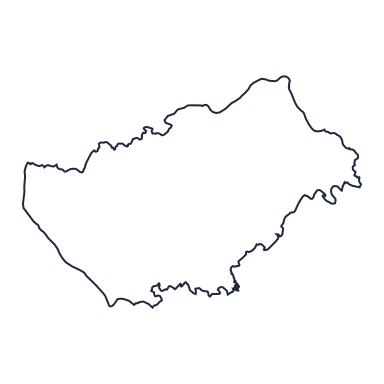 Mompós, Bolívar, Colombia (Mercator projection)
{"feature_id": "7082276B99347605500180", "entity_name": "Mompós", "entity_type": "district", "adm_level": 2, "iso_a3": "COL", "parent_name": "Colombia", "parent_adm1": "Bolívar", "projection": "mercator", "projection_center": [-74.509, 9.146], "detail": "fine", "context": "isolated", "style": "outline", "palette": "slate", "viewbox_px": 384, "rotation_deg": 0, "n_neighbors": 0, "source": "geoboundaries", "source_scale": "gbopen_adm2", "svg_char_len": 6027}
<svg xmlns="http://www.w3.org/2000/svg" viewBox="0 0 384 384"><path d="M28.2,162.1L27.0,163.8L25.7,167.0L24.6,171.2L25.1,176.3L24.3,186.6L24.4,192.2L23.0,203.7L23.6,208.4L24.4,209.1L33.7,221.6L38.2,225.3L39.2,227.7L39.1,228.0L41.7,230.8L42.5,231.0L45.3,234.0L48.4,238.3L54.5,244.4L57.6,248.9L59.6,253.6L62.3,258.0L64.5,260.8L66.1,262.5L72.1,266.4L79.7,270.0L84.1,272.5L86.5,276.0L95.3,284.5L103.7,293.8L105.4,296.2L109.3,306.0L110.7,306.4L112.1,306.0L113.9,304.5L117.4,299.4L118.2,299.0L120.5,298.7L123.7,299.0L129.1,300.8L134.0,304.9L135.9,303.2L136.4,303.4L137.7,303.1L137.7,302.9L138.9,302.4L141.0,301.8L143.5,301.6L148.9,304.2L152.5,307.6L154.0,305.6L156.2,305.1L157.0,304.6L159.2,302.3L161.8,300.3L161.3,298.2L159.9,296.0L158.2,295.5L155.6,296.4L155.2,296.3L154.3,294.6L153.9,292.2L151.2,290.9L152.0,289.5L152.1,287.7L153.5,286.3L157.1,285.6L158.8,283.4L159.2,283.4L159.6,284.7L159.5,286.0L159.0,287.1L159.3,288.2L161.1,290.7L161.6,290.9L162.6,290.8L165.9,289.2L166.8,289.6L167.2,289.4L168.6,286.8L169.4,286.1L170.7,286.3L173.8,288.1L174.4,289.0L175.0,289.2L176.0,288.4L178.5,285.6L180.4,283.8L180.9,284.1L181.1,284.9L180.8,286.4L181.3,286.5L182.1,286.2L184.7,282.8L185.8,282.2L187.3,284.1L188.1,284.5L190.1,290.4L191.9,291.7L192.8,292.9L195.7,294.0L196.0,292.5L195.3,289.0L195.5,288.7L197.6,288.3L199.4,288.2L201.7,290.4L204.6,291.2L207.5,291.5L208.0,292.2L208.6,295.4L209.7,296.5L210.3,296.3L211.7,294.4L212.5,293.9L218.7,294.0L219.7,293.6L220.1,292.9L220.0,292.5L217.8,289.4L219.2,287.7L221.0,287.1L222.2,287.1L223.1,287.5L226.5,290.5L227.0,291.2L227.8,294.6L231.3,292.2L232.3,292.0L232.5,291.6L233.1,291.3L233.7,290.4L233.3,289.5L233.5,289.6L233.6,288.2L235.4,286.9L235.0,285.8L235.4,285.0L235.9,285.4L236.5,285.3L236.7,286.2L236.4,286.5L236.5,287.6L236.0,288.3L236.0,289.1L235.3,289.7L236.0,290.0L237.2,289.7L237.5,290.6L237.1,290.8L238.3,290.5L238.1,290.1L237.6,290.3L237.5,288.8L238.8,287.1L239.0,286.4L238.5,285.8L237.9,286.0L238.1,285.0L237.8,284.4L237.3,284.3L236.2,282.7L235.4,282.4L235.5,281.0L234.8,280.8L234.5,282.2L234.2,282.1L234.6,279.7L234.2,278.8L234.2,278.2L233.7,278.0L233.6,276.8L232.7,274.2L231.7,274.1L231.5,273.8L231.8,273.1L231.6,272.4L231.2,272.2L231.1,270.8L230.5,269.7L231.3,267.2L232.9,266.1L234.2,266.6L235.9,266.5L236.8,266.0L237.6,266.1L239.1,265.6L239.4,264.7L238.5,262.6L238.6,261.2L243.2,257.3L246.1,254.4L246.0,252.1L247.4,251.5L248.8,252.1L252.1,250.7L255.1,247.7L256.6,244.4L257.3,244.8L259.0,244.5L259.2,244.1L261.6,244.3L264.6,247.3L264.7,248.1L263.8,249.3L264.2,250.1L266.8,249.8L268.2,249.1L275.8,241.4L277.7,238.9L278.3,237.8L277.6,235.3L276.7,234.3L278.2,234.4L280.0,236.3L280.7,236.2L281.5,235.6L282.3,234.5L283.1,229.2L282.7,227.7L281.5,227.0L281.3,226.4L281.4,225.8L283.3,223.2L284.2,219.4L285.2,217.4L286.1,216.3L289.6,213.7L290.2,212.7L293.4,212.3L294.3,211.8L295.4,210.2L298.3,203.8L299.7,201.6L299.7,201.1L303.1,196.2L304.8,195.1L306.4,196.0L307.3,195.9L310.7,198.8L312.1,198.8L313.5,197.1L314.1,194.6L315.5,192.8L316.5,191.0L317.7,190.2L319.2,190.0L320.6,190.6L324.6,193.8L325.4,195.2L325.4,195.7L324.7,196.1L323.1,195.3L322.8,195.4L322.6,196.1L325.4,199.9L326.6,201.0L329.3,202.1L330.9,203.4L332.2,203.7L333.7,203.6L335.0,203.2L335.6,200.9L335.4,198.8L332.0,194.9L331.0,191.9L331.4,188.9L332.8,186.7L334.4,186.0L337.7,186.5L341.1,190.3L341.8,190.6L342.7,186.4L344.6,182.3L345.5,183.2L346.3,182.5L347.6,182.5L349.0,184.2L352.5,185.8L359.6,187.3L361.0,184.5L360.8,183.7L359.7,182.6L359.3,181.7L359.0,179.4L359.5,177.9L359.3,177.3L357.2,177.5L357.1,176.6L354.9,175.8L354.4,175.2L355.6,172.2L354.9,171.3L353.8,170.6L352.9,169.4L352.7,167.8L352.8,166.9L353.3,166.2L354.9,165.1L354.3,163.1L355.0,160.0L357.8,158.2L358.1,156.4L357.6,154.5L356.0,153.1L354.5,150.9L352.9,149.6L349.5,149.2L348.9,148.8L349.1,148.3L347.1,148.4L345.7,147.7L342.9,144.5L342.0,139.9L340.7,137.4L339.2,135.9L337.0,134.8L336.1,133.9L334.2,133.0L330.2,133.4L328.5,132.1L325.6,131.4L324.7,130.5L324.4,129.6L321.6,130.8L318.3,131.4L314.5,130.9L312.0,128.7L309.5,125.3L307.7,122.2L305.8,118.7L304.2,113.9L303.2,112.2L300.9,110.5L297.3,106.7L295.1,102.8L291.8,94.5L289.2,89.2L288.8,87.2L289.1,87.1L289.1,83.4L289.8,81.5L289.4,79.6L288.7,78.4L287.5,77.3L285.6,76.4L283.5,76.4L281.9,76.7L280.3,77.6L277.3,80.4L274.6,81.2L269.1,80.7L265.2,79.3L261.4,78.8L256.2,81.4L253.2,83.1L250.4,85.6L248.5,89.2L244.8,93.2L241.4,96.2L240.0,97.9L235.2,101.2L231.6,103.1L225.6,108.7L220.7,111.8L218.7,112.7L215.7,112.9L212.9,112.0L210.4,109.9L208.6,106.7L207.7,105.7L206.8,105.1L205.6,104.9L204.6,104.9L202.2,106.1L201.1,105.4L188.6,105.3L187.2,105.7L184.3,107.7L178.1,109.4L176.9,110.4L174.4,113.5L172.8,114.3L171.2,114.6L170.2,115.2L167.9,115.9L164.5,120.2L165.6,122.8L171.3,124.9L171.6,125.4L171.5,126.3L170.6,127.8L169.1,128.8L167.7,131.8L163.6,135.0L161.8,135.3L159.7,133.7L157.3,133.0L155.7,133.8L153.9,133.3L152.8,133.6L152.2,132.9L151.7,131.5L151.8,130.6L152.5,129.3L152.4,128.7L149.5,127.7L146.8,127.0L145.7,127.0L143.9,127.9L143.7,128.7L146.2,131.0L145.9,131.6L145.6,131.6L145.3,133.0L143.9,133.2L143.5,132.8L142.7,133.4L141.8,135.2L142.1,136.6L141.7,137.4L141.9,138.3L141.6,138.9L140.5,139.4L139.3,139.4L137.9,138.3L136.6,137.9L135.7,138.0L134.0,138.9L132.9,139.0L132.0,141.4L130.6,143.9L129.2,143.9L127.9,144.6L128.0,145.8L127.3,146.5L124.6,145.5L122.9,143.9L122.1,143.6L118.6,143.6L117.6,144.4L116.9,146.0L115.6,146.9L115.0,149.4L114.2,149.7L112.9,147.6L112.1,147.8L111.5,147.2L111.5,146.4L111.1,145.7L107.2,142.4L105.6,142.0L104.1,142.6L100.2,142.6L99.0,143.8L99.4,147.6L98.0,148.7L97.7,150.8L95.9,151.8L94.7,151.0L94.5,150.5L94.0,150.5L91.4,152.8L86.6,162.0L85.2,165.9L84.9,167.6L83.9,168.9L83.2,171.3L82.1,172.4L80.3,172.1L77.1,169.7L75.6,168.9L74.0,168.7L70.7,169.0L65.5,171.7L65.0,171.7L64.2,171.3L62.6,169.6L59.4,169.1L58.0,168.2L57.2,167.1L56.6,164.7L53.9,166.5L50.9,166.1L48.4,165.2L47.3,165.3L46.1,165.8L44.4,167.3L43.5,166.1L42.3,165.1L39.2,166.1L36.8,165.4L34.2,164.2L33.2,163.4L32.1,163.0L30.9,164.1L30.2,164.2L29.7,163.2L28.1,162.6L28.2,162.1Z" fill="none" stroke="#1e293b" stroke-width="2"/></svg>